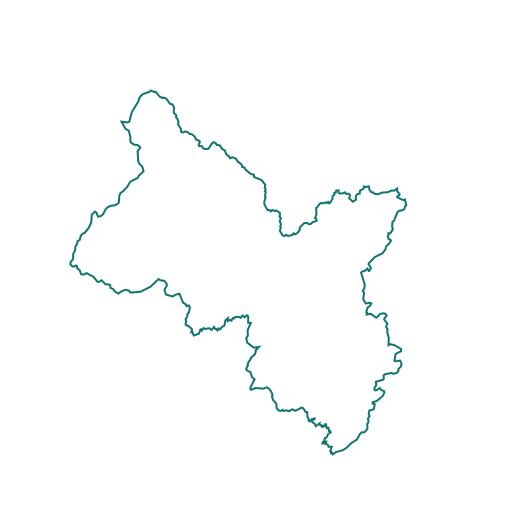 Manizales, Caldas, Colombia (Equal Earth projection), rotated 211°
{"feature_id": "7082276B74376648695935", "entity_name": "Manizales", "entity_type": "district", "adm_level": 2, "iso_a3": "COL", "parent_name": "Colombia", "parent_adm1": "Caldas", "projection": "equal_earth", "projection_center": [-75.513, 5.074], "detail": "fine", "context": "isolated", "style": "outline", "palette": "teal", "viewbox_px": 512, "rotation_deg": 211, "n_neighbors": 0, "source": "geoboundaries", "source_scale": "gbopen_adm2", "svg_char_len": 6103}
<svg xmlns="http://www.w3.org/2000/svg" viewBox="0 0 512 512"><g transform="rotate(211 256 256)"><path d="M418.1,206.8L414.9,200.8L414.3,198.2L413.9,193.9L414.7,187.4L415.9,186.2L416.6,183.3L415.4,179.1L416.6,176.8L415.6,174.3L415.5,170.6L413.9,167.6L413.8,163.6L411.3,159.3L411.7,154.8L410.6,153.0L407.7,152.6L406.3,153.4L405.7,155.0L404.3,155.1L402.9,153.5L399.7,152.9L396.4,150.3L394.0,151.4L392.5,154.0L384.7,154.5L378.7,152.3L377.4,152.8L375.8,155.6L370.4,154.2L368.0,155.7L365.9,155.8L364.4,153.8L361.1,154.0L359.1,152.9L354.6,152.9L353.1,156.5L350.5,159.8L347.1,160.9L345.4,160.0L344.1,160.4L336.4,166.1L330.6,175.3L327.7,185.9L324.4,186.2L322.1,187.5L318.6,186.4L317.2,184.9L317.1,179.8L313.3,176.6L306.5,178.4L305.4,181.0L302.2,184.2L294.4,178.4L291.4,178.4L289.6,177.2L288.3,179.0L286.2,177.9L284.4,173.1L284.8,170.5L283.9,169.1L283.7,165.4L282.0,163.9L281.4,161.4L280.1,160.5L278.6,161.3L273.3,160.4L272.2,157.5L271.7,158.3L268.4,155.8L264.9,160.0L265.8,164.6L264.9,165.1L264.0,164.4L263.8,167.2L262.0,167.3L258.8,170.1L256.0,169.7L255.5,173.6L253.6,172.4L252.4,173.0L250.8,172.3L250.6,174.5L249.9,173.9L248.8,174.8L248.8,177.3L247.2,180.0L249.1,185.0L248.1,188.2L246.7,185.7L245.3,188.0L243.7,187.9L243.9,190.7L242.5,191.3L242.6,192.8L239.5,194.9L237.2,195.1L237.0,198.0L234.0,197.7L233.5,200.3L232.6,200.7L231.2,199.6L228.3,194.7L226.0,195.9L225.0,188.2L221.9,183.4L222.0,180.5L218.9,177.2L210.6,176.3L206.6,179.6L207.7,174.7L206.9,173.9L206.4,171.1L208.0,165.7L207.4,164.7L207.9,161.0L207.1,159.5L207.3,158.3L206.5,157.8L206.2,153.9L204.1,153.2L201.0,153.6L197.0,150.1L193.7,149.6L193.1,140.6L192.1,138.8L191.2,138.9L188.4,142.6L181.5,146.0L178.9,149.1L175.6,148.7L171.8,146.7L170.1,145.2L170.0,143.7L167.2,141.4L162.4,139.8L160.0,136.2L156.9,135.3L154.8,136.0L153.9,137.9L152.6,137.4L150.6,139.3L147.9,139.8L145.9,143.3L142.6,143.5L138.7,149.7L137.1,149.8L133.2,147.9L131.8,148.6L129.0,144.5L127.2,143.7L126.3,142.1L124.9,141.8L124.2,144.7L122.1,147.0L121.7,146.4L123.2,144.3L122.3,142.6L119.2,142.4L117.1,140.9L115.3,145.3L114.7,144.1L113.7,144.5L111.6,143.6L111.5,145.8L110.9,144.0L109.4,145.6L110.1,147.3L109.5,147.8L106.5,144.9L105.4,146.1L103.2,143.6L102.2,144.2L101.1,143.2L102.4,140.9L102.1,136.6L103.2,135.4L102.4,133.1L101.7,132.9L102.8,131.0L102.5,129.7L101.5,130.7L100.7,130.3L99.8,132.4L99.3,131.1L96.7,130.9L95.5,129.9L92.9,131.5L91.8,127.0L90.8,127.1L90.1,125.5L89.2,126.2L88.1,125.5L86.3,129.3L81.6,134.2L79.8,137.8L77.7,145.3L75.0,150.6L75.2,157.0L74.5,159.4L72.3,160.7L71.6,164.4L71.7,165.7L74.1,169.1L74.0,171.6L76.3,174.4L76.2,177.4L78.0,178.5L79.3,182.0L76.4,184.8L76.4,186.3L77.9,190.2L80.1,189.5L80.7,191.0L77.9,193.7L75.3,201.2L75.6,205.2L76.6,206.2L79.3,205.6L81.7,206.6L84.0,202.5L85.3,202.3L86.4,203.5L86.5,207.6L88.5,209.9L83.4,215.4L83.3,216.7L85.1,219.3L84.8,220.7L79.8,225.4L77.7,225.8L75.1,228.2L74.7,230.8L75.7,232.3L74.9,235.9L75.9,238.8L78.7,240.5L82.1,237.6L83.3,237.4L85.9,243.9L82.7,249.0L83.6,251.0L90.8,251.0L95.4,249.6L96.5,247.8L99.8,253.9L104.4,258.4L105.4,260.9L108.0,262.3L108.6,265.7L113.4,267.6L113.8,268.8L113.3,272.0L114.9,273.1L116.9,272.8L119.8,270.3L120.5,266.5L121.3,265.0L127.9,265.6L131.0,262.8L131.4,264.6L132.6,264.7L133.8,269.3L132.6,272.1L132.7,274.7L134.2,274.7L137.5,271.8L141.9,274.2L144.4,280.2L146.6,281.2L146.5,284.2L148.1,287.6L157.3,295.8L157.2,297.1L155.0,299.5L153.9,302.6L151.7,301.2L151.0,302.2L151.4,304.9L155.4,307.1L155.5,308.4L153.6,316.3L148.9,323.6L148.5,328.7L149.4,331.3L148.5,334.3L148.1,338.4L149.1,339.2L150.7,338.8L153.1,340.5L153.3,342.7L154.3,343.5L152.5,344.9L152.4,349.2L154.7,351.7L156.6,355.6L155.9,357.3L157.3,366.4L156.7,368.3L154.5,370.1L153.0,372.6L153.8,374.8L153.5,377.1L157.5,381.1L158.1,380.1L159.6,379.6L165.2,379.1L165.6,380.1L164.5,381.8L164.8,383.0L168.5,384.3L169.8,386.5L171.3,383.0L173.6,382.0L175.7,378.7L180.3,375.5L183.4,371.7L186.1,370.4L188.3,370.8L190.1,370.1L192.8,371.1L194.9,373.7L195.9,373.5L197.1,371.5L199.2,371.3L198.5,369.0L200.5,365.5L199.2,362.8L200.8,361.6L201.3,359.8L200.9,358.0L199.3,355.8L200.9,352.4L205.9,353.5L206.7,356.6L208.5,357.2L210.9,355.6L212.5,356.4L214.0,354.2L216.2,352.8L217.8,352.7L219.0,354.8L220.8,353.6L221.0,352.8L220.3,351.6L221.4,350.3L220.4,348.8L221.2,346.7L219.8,344.2L220.0,339.4L220.5,338.8L221.7,339.5L222.5,337.9L223.3,338.3L226.0,335.4L227.3,335.2L228.3,333.4L228.6,329.3L229.2,328.2L225.5,322.6L225.0,318.9L223.6,319.0L222.1,317.2L224.8,314.3L225.7,311.4L227.4,310.4L229.2,310.7L231.6,309.1L233.0,303.5L232.8,301.9L232.0,301.1L232.3,297.1L233.7,294.6L235.3,294.9L235.9,292.5L238.7,289.7L241.0,289.8L241.8,287.9L243.6,287.3L248.5,289.8L249.4,293.1L250.6,294.0L250.8,296.0L253.7,298.2L254.2,301.4L256.1,301.7L256.8,304.1L257.9,305.2L261.9,305.6L263.0,304.2L265.6,303.9L266.4,301.8L268.1,302.4L269.7,301.3L275.1,304.3L276.7,306.5L278.1,311.3L279.1,311.8L280.5,315.8L281.7,316.0L281.9,318.1L283.5,318.8L284.7,321.8L290.5,324.0L298.2,322.7L299.6,324.6L302.5,323.6L309.7,324.7L311.8,326.0L313.5,325.1L315.6,327.1L320.3,327.5L323.1,329.0L326.7,328.6L328.7,326.4L330.5,327.7L332.3,327.5L334.6,328.4L337.1,330.5L339.8,330.2L344.0,332.2L347.0,330.9L348.4,332.0L351.1,331.6L351.8,329.3L352.0,323.5L354.8,321.4L357.0,321.1L358.6,322.3L361.5,321.0L362.4,321.6L362.8,324.6L363.5,325.5L367.6,325.0L370.0,326.8L374.0,327.3L376.1,326.4L378.1,327.0L380.6,326.5L382.1,324.3L384.1,323.9L385.9,326.3L390.8,328.9L391.3,330.7L393.5,332.9L395.7,333.5L397.0,335.7L400.5,336.5L402.6,340.8L405.5,342.9L408.2,342.2L413.8,344.7L417.1,344.1L417.7,343.1L421.2,343.1L426.7,345.1L427.4,344.2L431.3,343.7L432.0,341.6L435.9,337.2L437.1,334.4L437.4,331.7L436.5,328.2L436.5,315.3L433.8,305.9L434.9,304.3L440.4,301.9L433.4,297.8L429.6,297.9L424.8,293.2L423.0,289.8L421.2,288.7L417.8,288.7L414.6,290.1L411.4,289.7L411.0,288.3L411.6,285.1L405.6,276.4L403.4,274.9L399.7,274.2L396.0,270.6L397.9,264.4L397.5,262.2L402.0,255.1L402.0,248.9L403.3,242.9L404.6,240.3L404.1,237.1L401.2,231.3L401.4,229.5L403.5,226.4L406.8,223.8L408.5,220.5L409.0,218.4L408.6,213.0L409.6,210.2L411.7,208.4L415.2,211.0L416.9,211.1L418.1,206.8Z" fill="none" stroke="#0f766e" stroke-width="2"/></g></svg>